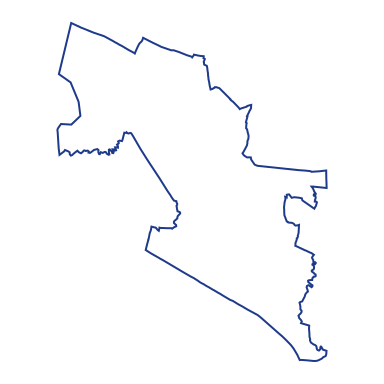 Jonacatepec, Morelos, Mexico
{"feature_id": "50627088B27637916408907", "entity_name": "Jonacatepec", "entity_type": "district", "adm_level": 2, "iso_a3": "MEX", "parent_name": "Mexico", "parent_adm1": "Morelos", "projection": "robinson", "projection_center": [-98.798, 18.657], "detail": "fine", "context": "isolated", "style": "outline", "palette": "blue", "viewbox_px": 384, "rotation_deg": 0, "n_neighbors": 0, "source": "geoboundaries", "source_scale": "gbopen_adm2", "svg_char_len": 5935}
<svg xmlns="http://www.w3.org/2000/svg" viewBox="0 0 384 384"><path d="M325.2,356.3L325.8,355.8L326.3,354.0L326.5,350.8L323.0,349.7L321.2,346.6L320.9,346.5L320.7,346.6L320.3,347.6L320.3,349.2L319.5,350.0L319.3,350.4L319.1,350.5L318.7,350.5L318.1,350.2L317.9,350.0L317.5,349.9L317.1,349.5L317.0,349.2L316.7,348.5L316.7,347.9L316.6,347.2L316.2,346.0L315.2,345.1L313.5,344.4L310.9,342.5L310.0,340.5L310.0,339.9L310.2,339.3L309.5,336.9L309.4,333.2L309.0,328.7L309.2,325.6L307.3,325.0L302.4,323.6L301.0,323.1L301.8,321.4L300.9,319.9L299.2,318.1L298.5,315.7L299.5,314.5L300.5,313.6L301.4,312.3L301.7,311.0L300.4,309.3L300.4,306.7L300.0,304.3L299.5,302.7L300.1,302.1L302.2,301.4L303.6,298.6L304.5,297.1L305.4,294.2L306.8,292.4L307.9,291.6L307.6,290.1L306.6,287.3L307.1,285.8L308.5,285.2L311.6,287.2L312.4,286.4L312.5,285.3L311.5,284.7L308.2,282.0L308.1,280.7L309.0,280.2L312.2,280.0L312.4,278.3L313.6,276.7L314.8,276.7L315.6,276.1L315.7,275.5L315.6,274.5L314.5,273.8L313.4,272.5L312.6,272.2L311.8,271.4L311.8,270.5L312.5,269.9L313.4,269.6L313.9,268.8L314.1,267.1L313.9,265.9L312.4,264.8L312.5,264.1L313.1,263.7L315.1,264.1L315.8,263.0L315.1,262.2L313.4,262.1L313.2,259.9L312.5,258.9L312.0,257.6L312.7,256.3L313.9,254.8L312.4,253.7L311.1,252.9L310.1,252.6L306.2,250.7L305.4,250.4L305.2,250.4L296.1,246.1L295.6,245.8L295.4,245.8L295.5,242.9L296.3,241.0L296.9,238.8L296.7,238.5L296.8,238.2L297.6,237.6L297.7,237.1L297.9,236.7L297.8,235.6L298.4,233.7L298.6,232.8L299.0,224.9L297.9,225.3L295.6,225.6L295.3,225.5L294.6,225.0L294.0,224.0L293.5,223.6L291.8,222.8L288.8,222.6L287.7,221.8L287.5,222.0L286.7,221.3L284.4,215.2L284.2,211.5L284.2,209.5L284.0,207.6L284.6,202.1L285.5,199.0L285.2,196.9L286.7,197.5L286.8,194.7L289.1,194.4L291.7,197.8L294.1,197.2L299.0,197.7L301.8,198.3L302.4,200.4L314.3,208.7L316.0,205.7L316.9,202.3L316.5,201.8L315.8,201.5L314.8,201.5L315.0,200.0L315.5,198.5L315.7,197.3L315.3,196.0L313.9,195.7L313.7,195.2L313.8,194.7L314.2,194.1L315.2,194.6L315.6,194.4L315.8,193.8L314.1,191.3L313.8,190.4L313.0,188.5L311.6,186.6L313.1,186.6L322.9,187.6L326.6,188.0L326.5,183.1L326.3,178.4L326.2,170.5L319.2,171.3L311.4,171.8L310.6,171.2L305.3,170.6L298.2,170.1L265.1,166.6L257.5,165.8L254.6,164.6L251.1,159.4L250.8,157.4L248.6,157.3L248.3,157.4L247.1,157.4L244.8,156.0L243.7,155.1L242.5,153.3L243.2,152.4L244.3,150.4L246.8,145.7L247.0,145.1L247.4,143.2L247.4,141.6L247.6,140.5L248.3,139.2L248.5,137.1L248.6,136.0L248.2,134.1L247.7,132.4L247.1,129.4L246.1,128.2L246.4,124.0L246.7,123.3L246.7,123.1L245.9,122.3L247.5,116.4L247.0,116.2L248.4,113.4L249.6,110.8L251.0,108.4L251.2,104.9L249.2,105.4L247.2,106.0L246.8,106.6L246.6,106.7L242.1,108.1L240.2,108.8L239.8,109.1L238.4,107.3L233.0,101.7L231.4,100.6L231.0,100.2L230.2,99.4L230.4,99.2L224.0,92.8L220.3,89.1L219.2,88.1L218.6,87.9L217.5,87.6L215.2,86.8L215.3,86.7L214.6,87.8L214.1,87.9L213.8,88.0L213.0,88.5L212.6,88.9L210.6,89.5L209.7,85.7L209.3,83.2L209.2,82.3L208.9,81.1L208.4,78.6L208.4,77.1L208.1,76.0L208.0,73.4L207.5,70.4L207.2,67.5L206.9,66.2L206.8,65.8L204.2,64.6L204.0,63.4L204.0,62.7L203.7,61.8L204.4,60.3L204.8,59.0L203.5,58.3L203.7,57.5L203.7,56.2L202.3,56.1L200.9,56.0L198.4,55.6L195.7,55.0L194.8,54.8L194.0,54.7L194.0,55.0L192.2,57.3L191.9,56.8L190.4,56.3L188.6,55.7L187.4,55.4L186.2,54.9L181.1,52.9L179.6,52.3L179.5,52.2L173.4,50.2L172.6,50.3L171.3,50.3L161.4,46.9L160.2,46.3L159.6,46.0L157.6,45.0L153.1,42.9L143.1,37.8L142.3,40.3L142.0,40.8L141.3,41.7L139.7,43.2L139.0,44.2L137.7,46.8L135.2,52.4L135.2,52.5L134.8,53.5L133.9,52.8L133.6,52.7L130.8,51.1L130.3,50.9L126.4,48.7L125.9,48.3L124.7,47.7L123.9,47.1L121.2,45.6L120.5,45.2L120.4,45.2L119.7,44.9L116.4,42.9L116.0,42.8L112.4,40.7L104.1,36.2L93.2,32.5L81.1,27.6L71.2,23.0L58.9,74.1L70.6,82.4L78.6,101.8L80.4,115.9L71.3,124.6L61.0,124.0L58.3,127.8L57.5,129.4L57.4,130.1L57.7,132.6L58.7,148.5L59.5,154.9L64.0,151.5L65.0,150.0L68.3,151.4L69.6,152.3L69.8,154.3L70.9,155.6L72.1,155.1L74.4,153.0L77.4,150.7L78.8,152.2L81.0,153.3L82.4,152.2L83.9,150.5L84.6,150.4L85.7,151.0L87.7,150.6L88.8,151.5L88.5,152.6L90.1,152.9L91.8,151.7L94.0,149.9L97.4,149.1L98.5,150.1L98.3,152.1L99.0,154.0L99.8,154.2L100.8,152.2L102.7,152.9L104.8,151.9L105.8,152.1L106.9,153.8L108.6,154.8L109.4,154.5L108.9,152.2L108.9,149.7L109.7,149.4L111.9,151.7L112.3,153.0L113.3,153.1L113.6,152.2L112.6,149.3L113.9,149.4L114.9,150.6L116.1,150.3L115.1,147.3L116.4,147.3L117.9,147.7L118.0,146.4L117.0,144.6L117.5,144.2L118.3,143.8L118.8,143.1L118.1,141.4L119.6,140.6L121.9,141.1L122.5,139.8L124.3,132.7L126.2,132.9L126.6,132.3L127.5,133.2L128.6,133.5L130.2,132.9L131.3,133.3L133.2,136.4L140.5,149.0L148.5,161.6L159.2,177.8L167.5,191.0L170.2,194.9L171.4,196.9L172.5,198.6L174.0,200.6L175.1,200.9L175.9,201.0L176.4,201.2L176.5,202.4L177.2,203.7L177.1,205.0L176.8,205.3L176.5,205.9L176.9,207.8L177.0,209.2L177.3,210.0L177.5,211.3L178.6,211.6L180.1,212.4L180.1,213.6L179.3,214.5L177.8,216.0L177.3,217.5L177.3,218.5L175.3,220.2L174.4,221.0L173.9,221.9L174.0,223.1L176.1,225.0L176.2,226.3L173.8,227.4L172.1,228.7L171.3,228.2L167.2,228.2L159.9,227.9L159.5,227.7L158.8,230.8L157.8,230.1L156.7,228.8L155.7,227.6L154.4,227.4L151.5,226.6L150.9,230.0L150.6,231.0L149.8,232.9L148.5,239.5L148.3,239.5L147.9,241.5L147.3,243.6L145.7,250.0L150.7,253.2L151.7,253.8L151.9,253.9L159.3,258.1L159.7,258.4L161.9,259.6L162.0,259.6L174.5,267.0L178.9,269.6L179.5,270.0L182.4,271.7L191.2,276.8L193.3,277.8L197.9,280.7L199.6,282.0L201.6,283.2L203.3,284.0L206.8,286.2L208.4,287.0L211.9,289.1L212.2,289.3L214.8,290.7L215.0,290.9L216.8,291.9L218.3,292.9L218.5,292.9L220.1,293.8L222.0,295.0L223.8,296.1L230.2,299.9L233.0,301.0L238.3,304.3L241.7,306.1L247.6,309.6L257.6,315.0L258.4,315.6L260.9,317.6L278.1,332.8L282.2,336.3L285.8,339.8L290.8,344.9L293.1,347.9L293.1,348.0L293.5,348.4L297.3,354.8L299.7,360.0L300.0,359.9L302.6,360.0L309.0,360.5L312.6,360.9L314.8,361.0L316.8,360.8L317.4,360.7L318.4,360.3L322.0,358.5L323.2,357.2L325.2,356.3Z" fill="none" stroke="#1e3a8a" stroke-width="2"/></svg>